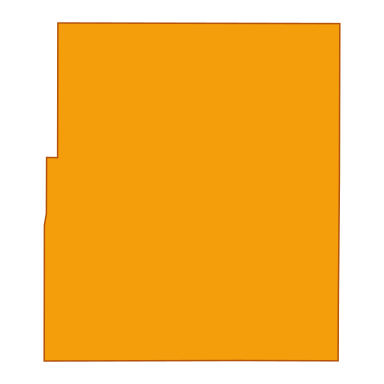 Chase, Kansas, United States of America
{"feature_id": "52423323B84627623723437", "entity_name": "Chase", "entity_type": "district", "adm_level": 2, "iso_a3": "USA", "parent_name": "United States of America", "parent_adm1": "Kansas", "projection": "orthographic", "projection_center": [-96.608, 38.304], "detail": "fine", "context": "isolated", "style": "filled", "palette": "amber", "viewbox_px": 384, "rotation_deg": 0, "n_neighbors": 0, "source": "geoboundaries", "source_scale": "gbopen_adm2", "svg_char_len": 267}
<svg xmlns="http://www.w3.org/2000/svg" viewBox="0 0 384 384"><path d="M339.8,23.6L57.9,23.0L57.6,157.6L46.6,157.5L46.4,213.8L44.4,225.1L44.2,361.0L237.8,360.5L338.1,360.8L338.4,293.6L339.4,180.9L339.8,23.6Z" fill="#f59e0b" stroke="#b45309" stroke-width="1.5"/></svg>